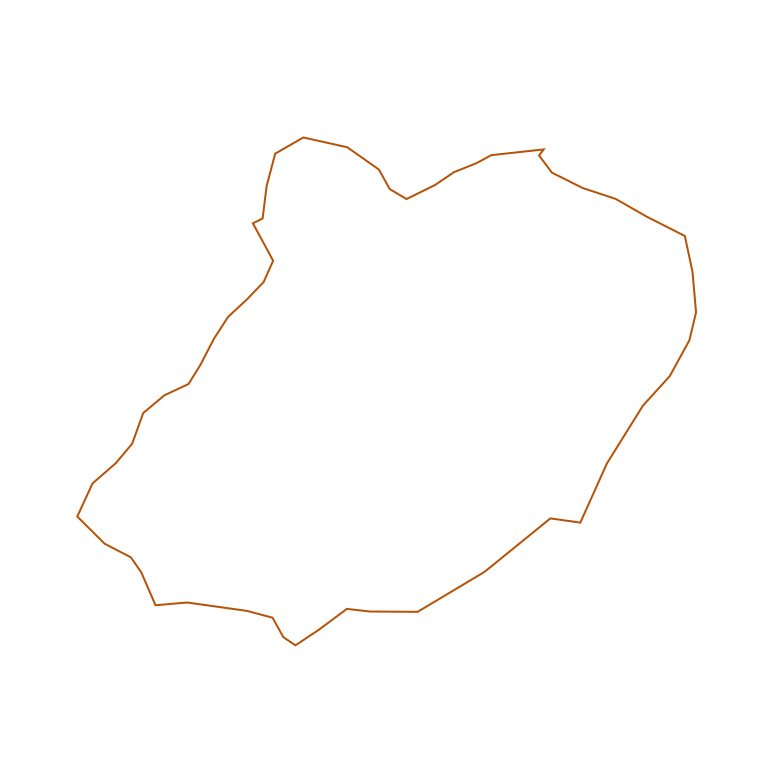 Gurye-gun, South Jeolla, South Korea (Mercator projection), rotated 85°
{"feature_id": "91817680B46219646335198", "entity_name": "Gurye-gun", "entity_type": "district", "adm_level": 2, "iso_a3": "KOR", "parent_name": "South Korea", "parent_adm1": "South Jeolla", "projection": "mercator", "projection_center": [127.492, 35.226], "detail": "fine", "context": "isolated", "style": "outline", "palette": "amber", "viewbox_px": 768, "rotation_deg": 85, "n_neighbors": 0, "source": "geoboundaries", "source_scale": "gbopen_adm2", "svg_char_len": 844}
<svg xmlns="http://www.w3.org/2000/svg" viewBox="0 0 768 768"><g transform="rotate(85 384 384)"><path d="M164.2,204.5L165.4,257.2L172.2,273.0L179.0,295.7L190.3,316.0L201.7,345.5L190.3,361.3L169.9,370.4L145.0,399.9L131.4,442.9L145.0,472.3L176.7,483.7L208.5,490.5L212.5,500.6L251.5,483.7L271.9,495.0L287.7,513.1L303.6,533.5L324.0,549.4L348.9,565.2L367.0,578.8L376.1,603.7L391.9,626.4L421.4,640.0L439.5,658.1L443.3,663.3L457.6,683.0L489.3,701.1L518.8,676.2L534.6,651.3L550.5,642.2L584.5,630.9L584.5,599.2L598.1,540.3L607.1,515.4L627.5,506.3L636.6,495.0L623.0,470.1L604.8,440.6L609.4,418.0L613.9,370.4L579.9,300.2L532.4,230.0L539.2,200.5L482.5,168.8L428.2,128.0L401.0,98.6L367.0,75.9L339.8,66.9L299.1,66.9L262.8,71.4L240.2,107.7L219.8,137.1L206.2,168.8L188.1,198.3L169.9,209.6L164.2,204.5Z" fill="none" stroke="#b45309" stroke-width="2"/></g></svg>